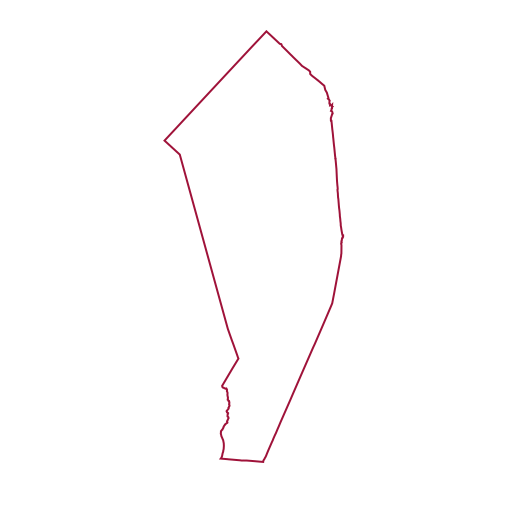 North Horr, Eastern, Kenya (Equal Earth projection), rotated 43°
{"feature_id": "3690345B4448118045148", "entity_name": "North Horr", "entity_type": "district", "adm_level": 2, "iso_a3": "KEN", "parent_name": "Kenya", "parent_adm1": "Eastern", "projection": "equal_earth", "projection_center": [38.048, 3.18], "detail": "fine", "context": "isolated", "style": "outline", "palette": "rose", "viewbox_px": 512, "rotation_deg": 43, "n_neighbors": 0, "source": "geoboundaries", "source_scale": "gbopen_adm2", "svg_char_len": 5221}
<svg xmlns="http://www.w3.org/2000/svg" viewBox="0 0 512 512"><g transform="rotate(43 256 256)"><path d="M399.6,395.1L399.1,393.9L398.5,392.3L397.6,389.9L394.5,381.1L394.0,379.5L393.3,377.8L392.0,374.1L391.4,372.1L389.8,367.8L389.0,365.5L387.3,360.9L379.2,337.7L377.1,331.9L369.7,311.0L360.2,284.0L359.0,280.3L358.4,278.6L355.9,271.6L355.3,269.9L352.2,261.2L345.2,241.8L344.6,240.2L344.0,238.6L338.8,230.3L318.4,198.2L317.5,197.1L316.7,195.9L314.7,193.7L313.8,192.7L312.6,191.4L311.4,190.1L310.9,189.6L310.2,189.2L309.8,188.8L309.8,188.6L309.7,188.4L309.6,187.9L309.2,187.9L308.9,187.5L308.6,187.2L308.5,186.6L308.1,186.4L307.9,185.7L307.3,185.1L307.1,184.6L307.0,183.7L306.7,183.8L306.2,182.0L305.7,182.0L305.4,181.4L304.7,181.6L302.0,179.6L300.4,178.4L298.8,177.1L297.3,176.0L296.4,175.1L295.6,174.3L293.8,172.8L292.4,171.5L290.1,169.6L289.1,168.6L286.2,166.0L285.6,165.5L284.0,164.2L282.2,162.6L280.9,161.4L277.4,158.2L276.1,157.2L274.4,155.6L273.3,154.5L271.3,152.8L270.3,151.9L270.2,151.4L268.6,149.9L267.4,148.9L264.1,145.9L260.9,142.8L255.5,137.5L254.7,136.8L250.9,133.4L249.2,131.9L248.3,131.1L248.1,131.0L248.1,130.9L248.0,130.6L247.6,130.4L247.4,130.5L247.2,130.2L246.0,129.2L245.6,128.9L244.7,128.1L239.5,123.5L237.6,121.9L236.9,121.3L235.3,119.9L232.0,117.0L231.5,116.6L230.2,115.4L229.4,114.7L227.9,113.4L226.6,112.3L225.4,111.3L221.3,107.7L220.5,107.0L219.0,105.7L218.6,106.0L218.2,105.7L217.5,104.9L216.7,104.1L216.6,103.8L215.2,100.8L215.1,100.4L215.0,100.5L214.8,100.1L214.6,99.6L214.3,99.1L213.5,98.6L213.2,98.5L212.6,98.4L211.9,98.7L211.8,98.4L211.8,98.0L211.3,97.3L210.8,96.6L210.9,96.2L210.4,95.7L210.2,95.5L210.1,94.8L209.8,95.0L209.3,94.5L208.5,93.5L208.5,94.0L208.2,94.5L207.5,95.4L207.0,94.7L206.7,94.5L206.4,94.3L205.8,94.5L205.2,93.9L204.2,92.7L204.0,92.2L203.4,92.1L202.9,91.8L201.3,91.9L201.3,91.7L201.3,91.1L196.4,88.2L193.4,87.3L189.8,84.9L186.8,85.1L183.5,85.2L177.1,85.7L175.3,85.9L173.4,86.0L171.5,85.9L169.9,84.3L168.0,84.2L160.1,85.6L157.0,85.4L152.9,85.3L151.7,85.3L147.3,85.2L145.4,85.1L143.9,85.1L138.7,84.9L131.8,84.7L130.9,84.2L130.0,83.8L128.7,84.6L110.4,84.6L110.3,107.9L110.3,137.9L110.4,234.0L131.1,233.8L252.4,308.4L285.1,328.5L295.6,334.0L299.4,335.9L309.4,341.1L312.0,342.5L313.1,343.0L315.4,354.1L319.8,374.1L320.5,374.5L320.9,374.7L321.0,374.8L321.4,374.8L321.7,374.7L321.8,374.7L322.2,374.4L322.3,374.4L322.7,374.3L323.1,374.3L323.5,374.1L323.8,373.9L324.1,373.7L324.4,373.7L324.6,373.7L324.8,373.6L324.9,373.4L325.0,373.3L325.0,373.2L325.3,373.3L325.6,373.4L325.8,373.5L326.1,373.6L326.3,373.8L326.5,374.2L326.7,374.5L326.9,374.7L327.0,374.8L327.4,374.9L327.5,374.9L327.8,375.1L328.4,375.4L328.6,375.6L329.4,376.5L329.7,376.9L329.7,377.0L329.8,377.1L330.5,377.6L330.8,377.8L331.1,378.1L331.5,378.3L331.8,378.4L331.9,378.5L332.1,378.8L332.3,379.1L332.5,379.3L332.8,379.5L333.0,379.9L333.1,380.2L333.2,380.3L333.3,380.4L333.7,380.3L333.8,380.3L334.0,380.4L334.2,380.5L334.6,380.6L334.9,380.5L335.0,380.8L335.3,380.8L335.4,380.7L335.5,380.7L335.6,380.8L335.8,380.9L336.1,381.0L336.3,381.2L336.4,381.4L336.5,381.4L336.6,381.5L336.9,381.9L337.0,382.0L337.2,382.3L337.3,382.4L337.3,382.7L337.4,382.8L337.7,382.9L337.9,383.1L338.1,383.1L338.5,383.3L338.7,383.6L338.8,383.7L338.9,383.8L339.0,384.6L339.1,384.8L339.3,385.1L339.3,385.7L339.4,385.8L339.6,385.9L339.8,386.0L340.0,386.2L340.0,386.4L340.1,386.8L340.1,387.0L340.1,387.4L340.1,387.5L340.2,388.2L340.2,389.0L340.2,389.3L340.3,389.5L340.5,389.7L340.9,389.8L341.0,389.8L341.3,389.9L341.4,390.0L341.5,390.1L341.9,390.1L342.0,390.0L342.0,389.9L342.3,389.9L342.3,390.0L342.5,390.1L342.8,390.3L343.1,390.4L343.1,390.6L343.2,391.0L343.4,391.2L343.5,391.5L343.8,391.8L344.0,392.1L344.3,392.5L344.5,392.7L344.7,392.8L344.8,392.8L345.1,392.8L345.5,392.7L345.8,392.8L346.2,393.1L346.3,393.2L346.5,393.3L346.6,393.5L346.7,394.1L346.8,394.4L346.9,394.6L347.0,394.8L347.1,395.1L347.1,395.3L347.3,395.6L347.4,395.9L347.4,396.1L347.4,396.3L347.6,396.6L347.7,396.8L347.8,396.8L348.5,397.2L348.7,397.3L348.8,397.6L348.7,397.8L348.5,398.2L348.5,398.3L348.5,398.8L348.4,399.4L348.3,399.8L348.3,400.1L348.2,400.5L348.3,400.6L348.4,400.8L348.5,400.9L348.5,401.2L348.5,401.6L348.5,401.8L348.6,402.2L348.6,402.3L348.7,402.8L348.8,402.9L348.9,403.0L349.0,403.2L349.0,403.5L349.3,404.0L349.4,404.4L349.4,404.5L349.5,404.6L349.6,405.0L349.6,405.4L349.7,405.9L349.8,406.0L349.7,406.4L349.7,406.5L349.8,406.7L349.8,406.8L349.8,407.0L349.8,407.4L349.8,407.6L349.9,407.9L349.9,408.1L350.3,408.4L350.4,408.6L350.5,408.8L350.9,409.2L351.1,409.4L351.2,409.7L351.4,409.9L351.5,410.0L352.0,410.3L352.3,410.5L352.5,410.6L352.8,410.8L353.1,411.0L353.3,411.2L353.6,411.4L355.1,412.0L355.9,412.4L357.6,413.1L359.1,414.2L359.8,414.7L360.3,415.1L361.3,416.1L362.1,416.9L362.9,417.9L363.5,418.6L364.1,419.4L364.5,420.1L364.9,420.8L365.4,421.4L365.8,422.3L366.2,423.2L366.6,423.8L367.3,424.9L367.8,425.8L368.3,427.2L368.4,428.2L373.9,423.9L374.6,423.4L377.4,421.2L383.8,416.2L384.4,415.8L385.1,415.3L386.2,414.2L389.1,411.6L394.8,407.1L400.7,402.5L401.7,401.7L401.4,401.3L401.1,400.8L401.0,400.7L400.7,399.6L400.7,399.2L400.6,398.7L400.4,398.1L400.3,397.8L400.2,397.3L400.0,396.3L399.8,395.8L399.6,395.1Z" fill="none" stroke="#9f1239" stroke-width="2"/></g></svg>